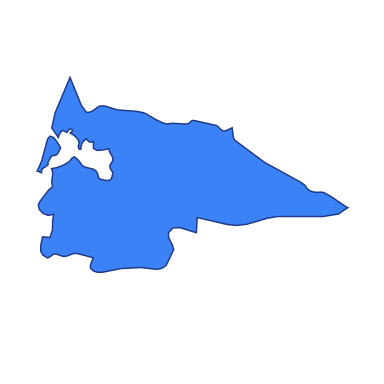 the Region of Sud-Comoé, rotated 99°
{"feature_id": "CIV-3462", "entity_name": "Sud-Comoé", "entity_type": "Region", "adm_level": 1, "iso_a3": "CIV", "parent_name": "Ivory Coast", "parent_adm1": "", "projection": "natural_earth1", "projection_center": [-3.177, 5.67], "detail": "fine", "context": "isolated", "style": "filled", "palette": "blue", "viewbox_px": 384, "rotation_deg": 99, "n_neighbors": 0, "source": "natural_earth", "source_scale": "10m", "svg_char_len": 2553}
<svg xmlns="http://www.w3.org/2000/svg" viewBox="0 0 384 384"><g transform="rotate(99 192 192)"><path d="M183.3,35.8L184.0,36.8L190.9,44.0L195.8,59.1L202.9,104.0L206.2,113.7L215.2,132.6L218.0,142.4L218.6,152.1L216.4,182.9L231.5,181.4L229.1,198.3L230.4,205.2L235.9,208.8L240.4,208.1L248.0,202.8L251.8,201.1L268.4,206.0L271.3,208.8L273.2,212.3L274.0,216.7L274.6,230.8L278.7,250.1L285.1,267.3L286.1,272.2L285.5,276.9L283.2,280.3L280.1,280.9L272.3,279.3L270.7,296.0L271.4,299.7L274.6,305.1L275.7,308.2L275.6,310.5L274.6,316.1L274.8,318.6L275.5,319.5L278.6,322.6L279.8,324.3L277.6,329.4L274.3,332.1L268.9,333.0L259.7,332.6L259.1,325.1L251.4,323.9L241.8,325.2L235.7,325.0L237.6,330.5L236.4,335.9L233.1,340.1L228.5,341.8L224.8,340.6L212.5,333.9L208.7,330.6L204.0,332.1L194.8,332.4L190.9,334.4L189.1,329.3L185.5,323.1L181.2,318.0L177.5,315.9L175.6,313.8L178.1,309.6L181.7,305.7L183.1,304.8L184.2,301.0L184.9,293.0L186.3,289.9L189.5,287.6L191.9,286.9L193.5,285.2L194.1,279.9L193.6,275.8L192.0,273.9L189.3,273.3L185.4,273.3L184.3,273.9L183.0,275.2L181.2,276.6L179.1,277.2L177.2,276.8L174.0,275.3L172.0,275.2L169.7,276.1L165.3,279.7L162.3,280.9L164.6,287.0L165.8,292.6L164.1,296.3L157.5,297.2L158.6,299.3L158.6,301.2L157.6,303.0L155.9,304.8L158.1,306.4L159.1,306.8L157.5,306.8L159.7,307.8L162.1,308.4L164.6,308.7L167.2,308.5L167.2,310.3L165.0,311.5L161.5,311.1L159.1,312.0L157.1,313.7L155.3,316.0L153.9,318.7L152.8,321.5L150.3,319.6L148.7,320.6L149.1,323.0L152.8,325.0L151.4,328.6L152.8,330.8L155.7,332.0L159.1,332.6L150.6,340.5L135.3,339.6L97.9,330.4L123.8,314.8L129.7,308.8L129.6,307.3L129.3,306.0L128.8,304.8L128.1,303.7L127.4,302.7L123.0,298.5L122.2,297.5L121.6,296.4L121.2,295.2L120.9,293.8L120.8,292.3L120.8,290.7L122.6,278.7L121.0,259.5L121.2,253.1L121.8,250.1L126.2,238.9L128.3,231.6L128.6,229.0L128.6,226.8L128.2,225.4L127.7,224.2L127.2,222.1L126.0,210.1L125.6,207.8L125.1,206.6L124.4,205.5L123.4,204.8L122.3,204.1L121.3,202.9L121.1,200.2L122.4,178.9L123.1,176.9L125.7,173.5L126.7,171.3L126.8,169.9L125.9,167.7L122.3,162.4L131.7,159.6L132.8,159.0L133.7,158.2L134.5,157.2L151.4,125.0L165.4,86.0L167.6,81.8L169.8,79.6L171.3,77.7L172.0,76.5L172.5,74.7L173.0,72.3L172.8,69.1L171.9,63.6L171.9,62.0L174.2,55.2L183.3,35.9L183.3,35.8ZM196.5,343.7L195.5,348.2L195.3,348.1L185.2,345.4L162.3,342.9L159.0,340.9L159.9,337.1L164.3,332.5L168.8,328.7L175.0,330.6L176.7,331.9L177.4,333.5L177.7,335.0L178.3,336.1L180.2,337.1L185.3,339.0L186.3,338.9L187.2,338.3L189.2,340.0L192.6,343.6L195.8,343.9L196.5,343.7Z" fill="#3b82f6" stroke="#1e3a8a" stroke-width="1.5"/></g></svg>